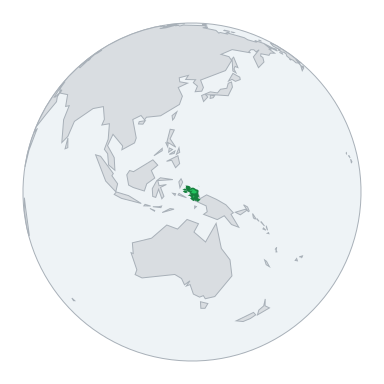 the Earth from above Papua Barat, rotated 10°
{"feature_id": "IDN-1933", "entity_name": "Papua Barat", "entity_type": "Province", "adm_level": 1, "iso_a3": "IDN", "parent_name": "Indonesia", "parent_adm1": "", "projection": "orthographic", "projection_center": [132.375, -1.612], "detail": "fine", "context": "on_globe", "style": "filled", "palette": "green", "viewbox_px": 384, "rotation_deg": 10, "n_neighbors": 0, "source": "natural_earth", "source_scale": "10m", "svg_char_len": 11299}
<svg xmlns="http://www.w3.org/2000/svg" viewBox="0 0 384 384"><g transform="rotate(10 192 192)"><circle cx="192" cy="192" r="169" fill="#eef3f6" stroke="#a8b0b8"/><path d="M311.9,235.7L311.8,236.9L311.6,237.1L311.9,235.7ZM277.2,46.1L273.1,44.1L276.0,46.4L271.1,43.4L280.3,51.0L279.5,53.4L277.1,48.6L274.3,46.5L272.0,46.7L268.7,44.7L265.6,43.9L261.8,41.7L260.7,39.7L258.2,38.4L256.7,38.7L252.0,37.1L254.5,36.8L246.4,34.2L243.1,31.5L250.0,33.3L263.9,39.1L277.2,46.1ZM344.0,135.9L342.5,132.1L344.2,134.3L344.0,135.9ZM341.1,130.0L341.8,131.2L341.1,130.2L341.1,130.0ZM340.4,129.4L340.9,129.8L340.4,129.7L340.4,129.4ZM339.4,129.1L339.9,129.1L339.4,129.1ZM337.5,127.4L337.0,126.9L337.3,126.5L337.5,127.4ZM278.9,48.9L279.7,48.8L280.1,49.6L278.9,48.9ZM265.9,44.2L266.7,45.0L264.8,44.2L265.9,44.2ZM257.2,40.4L253.8,39.3L257.0,40.0L257.2,40.4ZM251.7,38.4L243.6,36.3L244.8,37.6L236.8,33.2L246.4,36.2L250.2,36.7L249.6,37.3L251.7,38.4ZM233.7,31.4L231.6,30.8L233.6,31.1L233.7,31.4ZM127.8,35.7L125.2,36.8L132.2,34.1L132.4,34.6L134.5,33.8L136.7,32.9L135.4,34.5L137.0,34.0L138.1,33.2L141.9,31.6L148.3,29.8L147.5,30.4L145.1,31.2L138.9,34.0L132.6,36.4L132.9,36.5L138.2,34.7L145.8,31.1L149.8,29.9L146.7,31.3L148.2,30.7L149.9,30.3L151.0,30.7L154.6,29.1L175.1,26.1L179.1,27.1L174.0,28.3L187.5,28.7L190.9,30.9L191.9,30.0L199.0,30.3L198.0,29.6L199.0,29.2L216.8,31.0L220.4,32.4L229.1,33.3L229.6,33.0L227.5,31.9L236.8,33.2L244.8,37.6L243.3,38.0L249.3,40.9L245.0,41.7L244.1,44.0L235.9,43.9L236.0,46.2L238.4,47.2L240.3,51.5L235.9,58.0L229.0,48.3L233.4,40.3L230.7,42.9L228.2,41.2L225.3,41.6L223.7,43.9L225.4,44.8L206.8,44.8L196.7,51.4L204.9,52.3L208.2,55.6L203.9,66.6L181.0,80.3L185.1,87.1L184.1,91.0L177.7,92.7L179.0,86.8L174.3,84.1L176.0,80.8L166.2,82.3L168.2,77.8L159.6,81.7L160.8,85.6L168.7,85.6L160.3,91.5L165.9,99.3L164.4,108.0L147.8,122.4L134.1,126.3L132.8,129.2L128.5,125.5L121.1,130.9L127.7,148.5L126.9,153.6L115.6,162.6L115.7,158.7L104.2,148.9L100.8,161.0L109.4,171.6L112.3,184.0L105.1,179.8L102.3,169.0L98.3,165.2L100.3,154.6L98.8,139.1L91.6,141.7L93.1,135.7L89.9,123.3L80.1,127.0L63.9,142.9L60.1,158.8L55.2,165.9L53.0,143.1L56.1,128.3L52.7,129.7L52.6,117.7L45.0,117.5L46.2,113.9L44.3,115.8L44.5,112.4L47.2,106.6L46.3,107.2L39.8,122.5L41.0,122.1L45.1,115.9L42.8,121.6L42.9,126.6L34.7,141.0L27.2,155.0L29.5,145.8L33.4,133.7L38.3,121.9L44.0,110.5L50.5,99.6L57.9,89.3L66.0,79.5L74.8,70.3L84.3,61.8L94.4,54.1L105.1,47.1L116.2,41.0L127.8,35.7ZM27.4,153.9L27.0,155.7L26.6,157.6L26.0,161.2L28.7,156.1L27.8,160.1L24.2,179.1L23.1,196.2L23.3,182.0L24.8,167.9L27.4,153.9ZM59.1,88.5L60.1,89.1L66.4,80.8L67.3,80.5L69.1,78.0L66.9,80.2L72.2,73.6L75.1,71.4L78.4,68.2L78.2,67.9L72.1,73.1L64.3,82.4L61.2,85.7L59.1,88.5ZM92.1,317.3L95.4,319.4L94.2,319.6L92.1,317.3ZM30.6,235.7L39.3,262.9L38.9,263.2L35.4,255.4L29.9,239.0L29.2,234.1L27.9,226.7L30.6,235.7ZM153.4,215.5L158.5,216.7L158.4,217.4L153.4,215.5ZM147.9,212.3L153.7,213.0L147.0,214.0L147.9,212.3ZM156.0,213.3L161.9,212.2L164.5,211.1L164.1,212.8L156.0,213.3ZM144.0,212.1L123.6,210.5L115.8,207.9L117.5,205.1L130.2,206.6L144.0,212.1ZM116.9,205.0L105.1,196.2L90.6,172.1L95.8,172.7L111.3,187.5L110.3,189.9L117.3,196.8L116.9,205.0ZM146.0,191.8L144.9,199.3L133.5,197.8L128.4,196.2L124.8,186.4L126.8,181.7L130.9,182.1L147.9,167.1L153.6,171.5L148.2,177.9L152.9,184.7L146.0,191.8ZM60.4,160.3L62.0,169.9L59.5,171.5L60.4,160.3ZM155.5,156.5L148.2,162.9L155.1,154.2L155.5,156.5ZM160.1,148.2L160.2,151.7L157.7,148.1L160.1,148.2ZM131.9,133.7L127.5,134.3L127.8,131.9L133.6,129.9L131.9,133.7ZM163.2,115.6L161.7,122.3L160.4,124.5L159.1,120.2L163.2,115.6ZM155.8,27.5L148.1,29.0L142.2,30.7L138.2,32.2L140.5,31.1L149.7,28.5L155.8,27.5ZM172.8,26.0L176.2,25.3L177.0,25.5L176.3,25.8L172.8,26.0ZM173.3,25.6L173.3,24.9L176.7,24.5L176.0,25.1L173.3,25.6ZM273.5,299.9L276.1,301.9L271.5,306.4L264.8,310.7L257.9,311.2L273.5,299.9ZM220.9,305.0L219.4,298.6L227.0,299.1L225.0,304.3L220.9,305.0ZM278.3,296.7L282.4,291.7L282.7,284.6L283.7,291.4L288.4,292.7L277.8,301.7L278.3,296.7ZM189.4,276.2L157.7,285.3L150.3,283.2L151.2,278.2L142.5,262.3L144.8,262.8L142.1,252.4L160.2,244.5L172.9,228.9L184.2,231.0L191.9,219.9L203.9,222.1L200.9,231.1L214.0,238.9L221.2,218.7L230.7,242.5L241.2,252.2L245.9,267.7L232.6,291.0L223.6,294.8L221.2,292.1L217.7,294.2L211.1,292.3L206.2,283.5L202.7,285.6L205.4,279.8L200.7,284.7L196.7,279.0L189.4,276.2ZM275.3,246.3L277.4,247.3L281.2,252.1L277.7,250.7L275.3,246.3ZM306.6,239.3L307.8,241.5L305.5,241.5L306.6,239.3ZM311.6,237.1L308.9,237.2L311.9,235.7L311.6,237.1ZM284.8,234.5L286.0,236.2L285.2,236.5L284.8,234.5ZM284.0,233.8L285.0,231.7L285.0,234.1L284.0,233.8ZM273.3,219.6L274.4,218.7L275.0,219.7L273.3,219.6ZM166.2,217.4L173.3,212.1L177.3,212.0L166.2,217.4ZM271.4,216.8L268.3,216.1L268.6,215.0L271.4,216.8ZM271.4,214.0L271.0,212.3L273.1,216.6L271.4,214.0ZM265.4,209.3L269.3,212.9L265.0,209.6L265.4,209.3ZM263.3,209.3L260.6,207.6L260.7,207.1L263.3,209.3ZM234.3,207.2L244.2,218.6L236.6,217.2L227.9,209.8L221.7,214.8L207.3,212.0L210.4,208.8L208.3,203.2L193.8,199.4L190.9,195.6L195.9,193.8L186.5,190.0L196.7,189.5L201.1,197.2L206.9,192.3L217.3,195.0L227.6,198.7L236.3,205.3L234.3,207.2ZM197.1,205.3L198.9,205.6L197.4,207.6L197.1,205.3ZM255.4,202.7L259.3,206.9L258.9,207.7L257.0,206.9L255.4,202.7ZM238.2,204.4L247.3,199.8L249.5,200.2L243.5,206.1L238.2,204.4ZM245.0,195.6L249.3,197.1L251.7,200.8L250.8,201.6L245.0,195.6ZM176.2,196.5L175.8,198.4L173.2,196.6L176.2,196.5ZM179.5,195.6L187.5,198.6L178.8,197.3L179.5,195.6ZM156.3,186.7L158.5,191.5L165.5,189.1L160.2,192.9L165.1,201.1L163.5,203.9L158.6,195.1L157.2,203.6L154.1,203.2L152.3,195.6L155.3,186.9L158.4,183.5L171.0,183.1L156.3,186.7ZM179.4,189.9L177.3,184.3L178.9,180.9L181.1,183.9L179.4,189.9ZM171.6,170.9L166.5,164.3L161.6,166.2L171.8,158.7L174.9,166.2L171.6,170.9ZM167.7,157.2L163.1,158.9L168.1,154.5L167.7,157.2ZM162.1,156.8L161.9,152.6L165.4,153.5L162.1,156.8ZM170.1,157.6L171.5,150.7L173.0,155.0L170.1,157.6ZM161.2,143.4L168.2,150.7L158.6,147.0L159.6,134.0L163.8,134.0L161.2,143.4ZM193.6,96.7L193.3,93.5L197.5,93.3L196.5,95.5L193.6,96.7ZM210.9,90.9L198.6,92.2L188.6,93.9L191.1,95.7L187.7,100.9L184.7,95.3L192.6,90.2L199.9,90.0L202.2,85.9L208.3,83.8L208.8,78.6L211.8,76.8L213.6,81.7L210.9,90.9ZM208.7,76.4L211.7,68.1L219.1,70.6L220.0,72.9L215.5,75.5L211.9,74.1L208.7,76.4ZM214.6,67.0L211.2,65.7L208.3,53.8L209.6,52.0L215.6,61.5L212.6,60.9L212.0,63.6L214.6,67.0ZM231.6,31.2L231.6,30.8L233.0,31.4L231.6,31.2ZM198.3,28.8L199.9,28.5L201.5,29.0L198.3,28.8ZM205.2,27.9L202.3,27.5L205.7,27.6L205.2,27.9ZM195.7,27.0L201.3,27.3L195.4,27.5L195.7,27.0Z" fill="#d9dde1" stroke="#a8b0b8" stroke-width="1"/><path d="M199.3,199.8L199.2,199.8L198.9,199.6L198.7,199.4L198.8,199.2L198.8,198.9L199.5,199.0L199.6,198.9L198.8,198.8L198.5,199.0L198.3,199.1L198.1,199.0L198.2,198.9L197.8,198.7L197.8,198.8L197.7,198.9L197.8,199.0L197.7,199.1L197.3,198.9L197.3,198.7L197.2,198.8L197.2,198.7L197.3,198.6L197.2,198.3L197.1,198.5L196.9,198.4L196.7,198.6L196.3,198.0L196.3,197.8L196.2,197.9L196.2,198.0L196.3,198.2L196.1,198.0L195.9,198.1L195.9,197.9L195.7,197.5L195.9,197.3L195.9,196.8L195.9,196.7L195.9,196.8L196.0,196.6L196.3,196.3L196.5,196.5L196.6,196.4L196.4,196.2L196.4,195.9L196.2,195.9L196.3,196.0L196.2,196.1L195.8,196.5L195.8,197.2L195.7,197.3L195.4,197.2L195.4,197.4L195.5,197.5L195.0,198.2L195.0,198.5L194.6,199.2L194.0,199.2L193.8,199.4L193.6,199.3L193.5,199.1L193.2,198.9L193.3,198.9L193.0,198.1L193.1,197.9L193.5,198.0L193.5,197.8L193.6,197.7L193.3,197.4L193.3,196.9L193.1,196.9L193.1,197.1L192.9,197.1L192.7,196.8L192.7,196.7L192.5,196.4L191.9,196.0L191.9,195.9L191.4,195.8L191.2,195.9L191.2,196.0L191.1,195.8L190.8,195.9L191.0,195.7L190.9,195.6L191.0,195.5L190.8,195.5L191.1,195.3L191.4,195.3L191.2,195.3L191.4,195.2L191.8,195.1L192.2,195.2L192.1,195.3L192.3,195.3L192.3,195.2L192.6,195.3L192.9,195.5L193.0,195.5L193.4,195.3L193.9,194.6L194.5,194.4L194.8,194.5L195.0,194.7L195.0,195.1L195.0,194.9L195.2,194.6L195.2,195.0L195.2,194.7L195.3,194.7L195.4,194.9L195.6,194.7L195.8,194.8L195.8,195.3L195.9,194.7L196.0,194.7L196.2,195.1L196.3,194.8L196.2,194.6L196.3,194.6L196.1,194.5L196.0,194.4L196.3,194.4L196.5,194.6L196.4,194.4L196.8,194.3L196.5,194.3L196.7,194.1L196.4,194.2L196.6,194.0L196.6,193.7L196.6,194.0L196.5,193.9L196.3,194.0L196.2,193.9L196.4,193.7L196.6,193.6L196.4,193.5L195.9,193.7L195.7,193.8L195.6,193.7L195.5,193.9L195.3,193.7L195.4,193.8L195.2,193.8L194.7,193.7L194.3,193.8L193.7,194.0L193.3,193.9L192.9,194.0L192.7,193.8L192.5,193.7L191.9,193.9L191.5,193.6L191.0,193.4L191.3,193.1L191.0,193.2L190.8,193.0L190.8,192.9L190.7,192.8L190.7,192.6L190.9,192.3L191.0,192.2L190.7,192.3L190.6,192.1L190.8,191.8L190.5,191.9L190.3,192.0L190.3,191.7L190.2,191.9L190.1,191.7L189.9,191.7L189.6,191.6L189.4,191.6L189.2,191.7L189.1,191.4L188.8,191.3L188.9,191.5L188.6,191.7L188.3,191.5L188.0,191.5L187.8,191.5L187.8,191.4L188.0,191.3L188.0,191.0L188.2,190.9L188.5,190.8L188.7,190.4L188.7,190.0L188.8,189.9L188.6,189.7L189.4,189.4L189.6,189.4L189.5,189.6L190.5,189.3L190.8,189.0L191.1,188.8L191.2,188.6L191.3,188.5L192.2,188.3L193.0,188.3L193.6,188.6L193.8,188.6L194.0,188.7L194.3,188.8L195.0,189.4L195.5,189.5L195.6,189.4L196.0,189.5L196.1,189.4L196.3,189.4L196.7,189.4L197.3,189.8L197.0,189.9L196.9,190.1L197.2,190.6L197.4,190.8L197.6,191.2L197.5,191.5L197.4,191.8L197.0,192.2L197.2,193.0L197.2,193.3L197.1,193.5L197.3,194.1L197.4,194.3L197.8,194.7L198.0,195.3L198.1,195.7L198.4,195.6L198.2,195.0L198.2,194.7L198.4,194.6L198.7,194.7L198.8,195.6L198.1,196.1L198.1,196.3L197.7,196.7L197.5,197.2L200.5,198.3L199.3,199.8ZM188.8,187.9L189.0,188.1L188.8,188.3L188.7,188.3L188.2,188.2L188.0,188.3L187.9,188.3L187.6,188.0L187.3,188.0L187.3,187.8L187.1,187.5L186.8,187.5L187.0,187.7L187.2,188.1L187.4,188.2L187.6,188.1L187.8,188.3L187.7,188.5L187.2,188.6L187.0,188.2L186.7,188.2L186.6,188.5L186.6,188.4L186.5,188.1L186.3,188.1L186.1,188.1L185.6,187.8L186.2,187.9L186.2,187.7L186.0,187.8L185.9,187.7L186.0,187.5L186.3,187.6L186.2,187.5L186.3,187.5L186.5,187.4L186.6,187.5L186.7,187.4L187.1,187.3L187.3,187.4L187.2,187.3L187.4,187.3L187.9,187.4L188.1,187.4L188.4,187.5L188.6,187.7L188.8,187.7L188.9,187.8L188.8,187.9ZM186.3,192.7L186.0,192.9L186.3,193.1L186.1,193.2L185.8,193.3L185.4,193.3L185.3,193.2L184.6,193.1L184.2,192.8L185.1,192.4L185.7,192.4L186.0,192.2L186.0,192.4L186.3,192.7ZM188.1,190.2L188.2,190.4L188.1,190.9L187.9,191.2L187.7,191.1L187.2,190.9L187.1,190.6L187.1,190.3L186.9,190.1L187.6,189.9L187.8,190.0L188.0,189.9L188.2,190.1L188.1,190.2ZM187.7,189.5L187.4,189.8L186.2,190.0L186.3,189.9L186.3,189.7L186.5,189.7L186.9,189.6L187.2,189.7L187.4,189.6L187.7,189.5ZM187.0,188.5L186.9,188.8L186.7,188.8L186.8,188.6L186.6,188.7L186.4,188.8L186.5,188.7L186.3,188.6L186.5,188.5L186.8,188.5L187.0,188.5ZM195.5,199.7L195.7,199.9L195.4,199.7L195.2,199.8L195.0,199.6L194.8,199.5L194.8,199.4L195.2,199.6L195.5,199.7ZM184.9,190.7L184.8,190.8L184.6,190.9L184.2,190.8L184.6,190.6L184.9,190.7ZM197.9,193.2L198.0,193.3L197.9,193.5L197.8,193.4L197.9,193.2ZM197.5,192.4L197.5,192.5L197.4,192.6L197.3,193.0L197.3,192.6L197.5,192.4ZM195.6,194.5L195.3,194.4L195.6,194.5ZM198.5,194.0L198.5,194.5L198.4,194.5L198.3,194.3L198.4,194.2L198.5,194.0ZM193.0,197.4L193.0,197.6L192.9,197.4L192.7,197.3L192.9,197.3L193.0,197.4ZM189.6,195.1L189.8,195.0L189.6,195.1ZM197.7,185.1L197.8,185.0L197.7,185.1L197.7,185.1Z" fill="#22c55e" stroke="#15803d" stroke-width="1.5"/></g></svg>